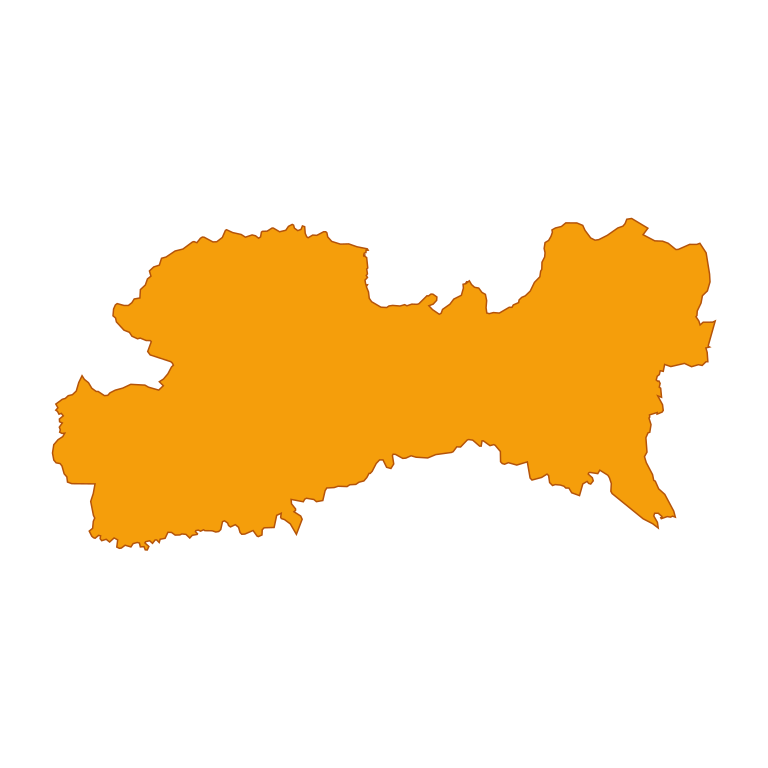 Calnali, Hidalgo, Mexico (Albers equal-area conic projection), rotated 4°
{"feature_id": "50627088B12242639821248", "entity_name": "Calnali", "entity_type": "district", "adm_level": 2, "iso_a3": "MEX", "parent_name": "Mexico", "parent_adm1": "Hidalgo", "projection": "albers", "projection_center": [-98.548, 20.904], "detail": "fine", "context": "isolated", "style": "filled", "palette": "amber", "viewbox_px": 768, "rotation_deg": 4, "n_neighbors": 0, "source": "geoboundaries", "source_scale": "gbopen_adm2", "svg_char_len": 6129}
<svg xmlns="http://www.w3.org/2000/svg" viewBox="0 0 768 768"><g transform="rotate(4 384 384)"><path d="M667.6,508.5L666.4,502.9L662.3,496.8L663.0,494.1L666.6,493.8L670.4,496.7L670.7,497.4L669.4,498.1L670.0,499.0L675.8,496.5L679.2,496.8L681.1,495.7L683.9,496.5L681.9,490.6L671.8,474.5L665.3,469.4L661.4,462.0L659.8,461.3L658.2,455.6L651.1,444.1L648.9,438.3L651.1,433.6L649.0,419.3L650.8,414.3L652.5,413.6L653.2,405.9L650.7,399.5L651.4,398.5L651.0,396.3L658.5,393.4L658.5,395.0L659.0,394.8L663.4,392.6L664.4,390.9L663.3,385.2L657.9,376.7L661.8,377.9L660.3,368.9L658.8,368.0L659.4,364.1L658.0,361.8L657.0,362.2L655.3,361.0L656.0,357.2L658.0,355.4L658.6,351.5L661.7,351.9L662.6,344.9L668.9,346.6L682.3,342.5L689.6,345.3L696.3,342.8L700.1,343.3L703.7,339.3L705.5,339.2L704.2,330.0L702.6,325.6L706.2,324.4L704.9,323.8L704.9,322.5L710.0,298.0L707.5,299.4L698.1,300.1L695.2,303.0L693.7,299.2L690.5,295.1L691.4,293.9L691.4,289.3L694.6,281.2L695.5,273.7L700.1,268.6L702.1,259.4L701.1,251.6L696.2,230.7L689.3,221.6L686.4,222.9L679.2,223.4L668.2,229.2L665.8,229.5L657.7,223.8L652.0,222.1L644.1,222.3L632.0,217.0L636.4,210.2L619.5,201.6L614.7,202.7L613.3,207.2L611.3,209.9L606.4,212.0L596.4,220.1L588.2,225.0L584.5,225.8L580.0,223.9L573.8,216.7L571.2,211.9L565.2,209.9L554.1,210.6L550.0,214.5L544.1,216.4L540.8,218.6L541.4,220.9L540.3,225.0L538.2,229.3L534.8,231.7L534.3,237.6L535.5,241.9L535.4,246.1L533.1,251.5L533.4,258.6L532.4,260.5L532.0,266.2L527.0,272.1L523.4,281.1L518.8,286.2L515.3,288.0L512.9,290.7L512.6,293.4L507.5,296.1L506.3,298.6L503.6,298.7L494.1,305.2L488.2,305.1L484.1,306.5L481.6,306.0L480.5,300.8L480.6,293.7L478.9,287.5L475.3,285.8L471.8,281.7L467.6,281.2L464.4,278.7L461.9,275.1L460.0,276.9L460.2,276.2L459.3,276.2L458.2,278.3L455.9,279.0L456.5,282.8L455.0,290.1L447.7,294.4L444.2,299.8L437.2,305.5L436.1,309.4L434.3,310.6L427.2,306.4L423.3,302.8L427.5,300.9L430.7,296.9L430.7,293.5L426.6,291.0L424.6,291.0L422.3,293.0L420.7,293.0L413.2,301.5L411.5,302.2L406.1,302.4L401.4,304.4L399.1,303.4L394.5,305.1L387.2,305.0L383.5,305.8L381.4,307.5L375.6,307.6L365.9,302.8L363.3,299.5L362.1,293.2L359.6,288.1L360.5,286.2L359.1,286.5L358.5,284.7L357.8,281.7L360.1,278.9L358.7,277.0L359.8,275.3L358.7,270.5L359.7,269.4L357.9,259.1L356.0,258.0L355.9,256.9L354.9,257.6L354.7,256.9L355.2,254.8L356.8,254.2L356.8,251.8L358.8,251.6L357.9,250.3L347.5,249.0L339.1,246.7L330.7,247.5L321.9,245.4L317.6,241.2L316.5,237.2L315.3,236.2L313.2,236.3L306.6,240.4L302.5,240.4L298.1,243.4L296.6,242.5L294.9,239.2L293.9,232.6L291.6,232.0L290.4,235.6L287.3,237.0L283.8,234.8L282.7,231.8L281.3,231.2L277.7,233.4L275.3,237.5L269.2,239.4L262.8,236.2L261.5,236.2L256.7,239.7L252.0,240.2L251.1,241.1L250.6,245.9L248.7,247.3L245.5,245.1L242.0,244.5L235.5,247.2L231.1,244.8L222.5,243.5L216.2,241.1L215.1,241.8L212.5,249.1L207.2,253.8L203.4,254.2L194.3,250.1L192.5,250.1L190.7,251.4L187.5,256.1L184.5,255.2L183.0,255.7L174.0,263.4L166.3,265.9L157.8,272.5L153.3,274.1L151.6,281.1L146.1,283.3L142.1,287.6L144.0,292.7L140.7,295.7L139.0,301.9L134.4,306.8L134.5,315.2L128.9,316.6L126.8,320.5L123.5,323.5L119.2,323.8L112.2,322.4L110.5,323.9L109.0,328.0L108.9,334.9L111.6,336.9L112.7,340.7L120.8,348.4L126.4,350.2L129.2,353.9L135.0,356.1L137.6,355.2L143.7,357.2L147.8,357.0L148.9,358.0L146.0,368.1L148.7,371.3L169.7,376.6L171.3,377.8L172.6,379.9L170.8,381.9L167.7,388.9L163.7,394.4L159.7,397.4L164.0,401.1L159.7,405.8L149.3,403.6L145.6,401.8L131.4,402.0L123.7,406.3L116.3,408.9L111.3,411.9L109.2,414.6L105.9,415.1L99.4,411.4L97.4,411.5L92.8,408.6L89.1,403.3L84.8,400.3L82.2,396.8L79.4,403.8L77.5,412.5L73.9,416.4L69.8,417.7L67.1,420.6L64.1,421.7L58.0,426.9L60.4,430.5L58.4,433.0L60.2,434.1L61.9,436.8L64.1,435.8L66.3,438.1L62.6,441.6L63.0,444.3L65.8,445.3L63.1,449.7L64.3,452.3L63.8,454.7L66.3,455.8L69.0,455.3L67.2,458.9L62.7,462.3L58.8,467.6L58.1,476.0L59.9,482.9L62.4,485.5L66.5,486.0L68.5,488.3L71.2,495.9L74.1,498.8L75.1,503.9L79.5,505.2L102.7,503.8L101.6,513.6L99.6,521.6L103.3,535.3L104.8,537.9L103.6,541.2L103.4,548.3L100.2,551.3L103.1,556.2L104.9,557.6L106.6,558.0L109.9,554.9L111.9,555.2L111.6,558.1L113.3,560.0L117.7,558.3L121.3,560.8L125.5,556.4L129.2,558.1L128.8,565.3L131.5,566.4L133.4,566.0L137.0,562.9L142.9,564.2L144.9,560.7L148.9,559.3L151.1,559.7L152.3,563.5L155.9,563.0L157.4,566.1L159.4,566.1L160.8,562.5L156.6,559.2L157.2,558.0L161.1,556.7L164.2,559.1L166.6,555.5L168.1,555.4L170.8,557.8L171.5,554.5L176.4,553.2L178.8,547.0L182.4,546.9L186.2,549.3L190.9,548.8L192.8,547.7L196.9,547.8L201.0,551.2L203.3,548.3L208.1,547.1L208.4,546.4L206.2,544.5L206.5,543.4L208.9,542.7L211.3,543.6L214.2,542.0L215.5,542.8L222.8,542.4L226.5,543.4L229.4,542.7L231.3,540.6L232.5,532.6L234.4,531.6L237.7,533.6L238.8,536.0L240.8,537.3L245.5,534.7L248.9,537.1L250.8,542.2L252.6,543.8L255.7,543.4L263.6,539.3L268.0,544.6L269.3,545.0L272.8,543.1L272.7,537.9L274.5,535.8L284.4,534.8L286.1,522.5L290.5,520.1L290.2,524.2L291.0,525.4L294.2,526.2L300.3,530.1L307.1,540.1L311.8,524.6L310.1,521.5L303.1,517.7L304.6,516.2L304.5,514.8L300.1,510.0L299.4,505.6L311.7,507.1L313.0,504.4L314.6,503.4L322.1,504.1L324.8,506.1L331.1,504.5L332.7,494.5L334.2,491.7L341.5,490.8L345.3,489.2L354.3,488.9L356.9,486.9L362.9,486.1L365.9,483.7L370.7,482.1L373.4,478.5L375.3,474.2L376.5,474.1L378.3,471.9L381.8,463.8L384.9,460.0L388.3,459.8L392.4,466.9L396.8,467.8L399.3,463.1L397.4,454.8L398.0,453.4L400.3,453.4L407.9,456.9L411.0,456.4L416.0,453.7L421.1,454.8L432.8,454.7L440.6,450.8L456.0,447.6L457.7,446.7L461.0,441.6L464.8,441.5L471.0,434.0L472.3,433.5L476.4,433.8L483.7,439.3L485.3,439.2L485.7,434.0L486.9,433.7L494.0,438.1L497.8,436.8L499.2,437.4L504.8,443.2L505.7,453.4L507.5,455.1L509.9,455.6L513.5,453.8L522.1,455.6L532.4,451.7L536.3,467.6L538.3,469.5L547.8,466.2L552.9,462.5L554.6,463.9L556.1,470.8L559.2,473.5L561.7,472.4L567.0,472.5L570.6,473.4L572.6,475.1L575.7,474.9L578.8,479.4L586.8,481.7L589.3,469.8L593.4,467.0L595.1,468.9L597.2,469.4L599.5,466.0L598.4,463.0L594.0,459.6L594.3,458.5L595.4,457.8L603.5,458.5L605.3,454.9L613.7,459.4L615.4,461.8L617.7,467.4L617.8,475.2L619.2,477.4L651.9,500.4L661.7,504.6L667.6,508.5Z" fill="#f59e0b" stroke="#b45309" stroke-width="1.5"/></g></svg>